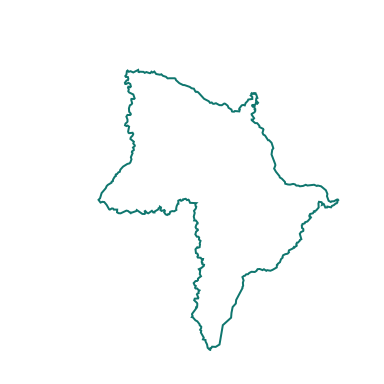 the district of Sant'Ana do Livramento, Rio Grande do Sul, Brazil, rotated 36°
{"feature_id": "56859067B62565689468111", "entity_name": "Sant'Ana do Livramento", "entity_type": "district", "adm_level": 2, "iso_a3": "BRA", "parent_name": "Brazil", "parent_adm1": "Rio Grande do Sul", "projection": "robinson", "projection_center": [-55.556, -30.804], "detail": "fine", "context": "isolated", "style": "outline", "palette": "teal", "viewbox_px": 384, "rotation_deg": 36, "n_neighbors": 0, "source": "geoboundaries", "source_scale": "gbopen_adm2", "svg_char_len": 6055}
<svg xmlns="http://www.w3.org/2000/svg" viewBox="0 0 384 384"><g transform="rotate(36 192 192)"><path d="M308.3,174.4L308.0,173.4L307.0,172.9L306.7,171.3L307.4,170.8L307.8,168.0L307.5,167.4L308.2,165.9L303.8,162.5L303.7,160.4L304.9,158.2L304.5,157.3L303.6,156.4L302.1,156.4L300.4,154.4L300.6,153.6L300.2,152.9L301.6,151.1L301.3,149.9L302.7,148.0L303.2,142.9L301.8,142.9L302.0,142.2L300.8,142.0L300.5,140.3L302.3,138.2L302.2,136.7L302.7,136.1L302.1,135.8L303.3,134.0L303.6,130.1L301.0,126.9L300.5,125.3L302.8,124.1L304.6,125.2L304.8,125.9L305.4,124.9L305.1,124.4L305.7,124.3L309.0,126.2L310.4,125.0L310.1,124.2L313.5,122.7L313.4,121.0L314.5,119.2L315.0,116.8L315.7,116.1L315.7,115.0L315.0,114.1L315.1,112.6L314.3,112.4L313.6,113.1L312.3,116.0L310.4,117.6L310.2,118.5L307.7,118.8L303.6,116.0L302.7,114.0L299.3,111.9L293.1,111.5L290.0,112.8L289.5,113.7L286.5,114.4L281.6,118.9L279.8,119.3L278.3,121.8L275.9,124.0L274.5,124.2L272.6,125.5L270.8,125.3L269.1,126.0L267.0,128.4L265.2,129.5L262.6,130.5L261.2,129.2L256.8,128.4L254.5,128.6L253.3,127.7L248.1,126.3L244.7,124.8L243.8,121.5L243.0,120.6L234.3,114.9L232.1,110.7L232.1,108.8L227.4,105.4L223.9,104.8L223.1,105.4L218.0,103.4L215.9,103.6L214.2,102.6L213.1,99.5L212.4,99.1L208.4,99.8L207.5,98.8L204.3,98.0L202.6,99.1L198.1,98.8L197.7,98.3L198.8,97.4L198.9,95.8L194.8,94.4L194.4,93.8L195.7,90.7L195.5,89.1L194.2,88.5L194.4,87.7L193.1,87.3L192.4,86.1L191.2,87.2L189.9,86.9L189.7,86.1L191.7,84.6L191.8,83.6L191.2,82.2L192.9,82.2L193.0,81.0L190.0,80.3L189.0,78.4L189.6,77.5L186.5,75.3L185.7,75.6L185.2,74.8L184.0,75.5L184.2,76.3L183.8,76.7L182.3,76.8L182.2,77.6L183.0,78.4L182.8,79.4L184.9,79.7L186.1,81.3L183.2,84.1L183.5,85.6L183.1,88.6L183.8,90.9L182.3,91.4L181.3,92.7L181.2,96.4L181.4,97.2L182.2,97.2L182.9,99.0L179.1,101.3L179.0,102.1L177.8,103.0L177.0,103.3L175.4,102.1L172.1,102.4L170.1,101.2L167.0,101.1L166.1,101.5L165.1,104.3L163.1,105.6L159.2,106.1L157.9,107.8L156.9,108.3L155.3,108.0L154.2,109.3L152.2,108.7L147.0,109.5L138.4,107.7L136.9,108.0L136.5,108.7L135.6,108.7L132.8,107.3L130.7,108.3L128.4,108.3L123.1,109.9L121.9,110.7L117.8,111.4L113.3,110.9L111.9,110.0L110.9,110.3L105.4,114.4L103.2,114.1L100.2,115.1L98.0,114.8L97.2,115.9L93.7,117.6L90.7,116.7L90.0,118.4L88.5,118.5L88.5,120.2L88.0,120.7L84.6,121.8L83.7,123.4L82.2,123.3L79.3,125.2L78.8,126.1L78.2,126.3L76.7,124.9L74.2,129.8L71.3,130.4L70.2,131.9L68.5,131.6L68.3,132.5L70.0,135.7L69.9,137.4L70.8,137.8L72.6,136.7L74.0,137.9L74.4,139.1L73.5,140.2L73.5,143.1L74.5,143.8L75.1,143.5L76.4,141.0L78.5,140.9L80.5,142.5L80.5,143.4L78.6,144.2L78.9,145.3L80.4,145.9L81.3,148.0L82.7,148.4L87.2,147.6L90.6,150.0L90.5,150.7L88.3,152.3L88.7,153.2L91.4,155.4L91.6,156.6L90.8,158.4L91.8,161.4L94.0,164.0L96.3,164.6L96.9,165.3L96.7,166.1L94.5,167.6L94.6,169.6L97.1,171.2L98.3,172.7L98.5,173.5L98.0,175.8L98.6,177.4L100.2,177.2L100.9,176.1L102.7,176.1L104.7,180.5L105.8,181.4L106.5,181.4L109.1,179.0L110.4,179.6L110.8,181.4L110.4,183.9L111.0,185.3L115.4,185.5L116.0,187.3L118.3,187.9L118.7,188.7L118.1,190.7L119.7,191.5L120.3,192.4L119.6,194.4L119.9,195.1L121.1,195.5L122.1,199.8L123.8,201.1L124.7,204.1L124.6,205.6L123.2,207.3L121.3,212.0L120.9,216.0L121.7,218.2L120.9,219.3L120.8,221.6L120.1,222.4L120.2,223.2L121.0,223.7L120.5,225.2L120.8,228.2L121.6,229.8L120.9,230.8L121.4,231.8L119.7,235.8L119.5,237.5L120.0,239.7L119.5,246.0L121.3,251.1L121.0,253.3L124.2,254.3L125.3,252.6L126.9,251.7L130.5,252.6L135.1,254.7L135.9,254.5L136.9,252.3L138.1,251.8L139.1,252.2L141.8,250.2L143.3,252.5L145.1,252.3L146.8,251.2L149.9,245.6L151.3,245.0L154.8,245.1L154.7,244.4L155.4,244.1L158.1,240.2L157.9,239.1L164.7,238.9L166.6,237.6L166.4,236.2L165.1,235.4L165.3,234.8L168.1,235.3L169.2,234.9L170.6,230.8L172.7,231.3L173.7,230.6L173.2,229.9L174.9,225.9L174.5,224.8L175.1,223.4L174.7,222.8L176.0,222.7L177.2,225.2L178.5,225.2L180.2,222.9L181.2,223.2L181.4,224.8L183.8,225.6L185.4,225.2L185.7,223.9L186.4,223.8L186.7,222.9L186.0,220.8L187.2,219.1L188.9,218.1L189.9,215.7L188.9,214.7L187.9,212.5L187.4,209.9L187.9,209.5L186.0,207.1L186.7,205.7L187.2,205.1L188.4,205.5L189.4,203.8L189.1,203.2L190.9,201.2L192.7,201.5L193.7,200.3L194.3,200.4L196.8,201.9L202.0,198.5L201.8,199.9L203.1,201.2L204.1,201.4L204.8,203.2L204.7,206.1L206.5,207.3L207.9,210.9L210.3,212.9L210.5,213.7L211.9,212.8L214.7,213.6L215.1,214.2L214.7,214.7L214.8,216.0L215.5,218.3L216.9,219.1L218.7,218.9L219.2,219.5L218.6,221.6L219.6,224.3L222.2,225.3L223.5,224.4L224.6,224.7L225.6,226.4L227.6,226.5L228.5,229.2L229.2,229.6L230.6,232.2L229.4,233.8L228.7,233.7L228.5,236.3L231.1,239.1L232.6,238.7L234.1,239.6L234.4,241.2L235.2,241.6L237.7,240.1L239.1,240.6L240.3,239.7L240.7,240.6L240.5,242.2L241.3,243.2L242.2,243.3L242.4,244.1L243.1,244.3L244.5,243.8L245.0,244.9L244.2,248.0L242.9,250.4L244.1,250.8L244.6,250.5L246.6,253.9L248.8,254.9L247.9,257.8L247.8,258.7L248.6,259.7L248.4,261.0L247.2,262.0L246.9,264.7L249.0,265.9L250.3,265.8L250.8,267.7L251.7,267.9L253.0,267.0L254.6,267.5L255.9,267.2L255.9,268.8L256.8,270.0L256.1,271.0L256.1,271.9L259.3,273.8L259.5,274.5L256.9,276.7L257.4,278.3L261.2,278.8L262.0,279.3L263.3,281.3L263.0,282.6L263.3,283.3L263.8,283.1L263.7,290.5L264.1,291.2L265.3,291.9L265.4,293.3L266.4,292.9L270.2,293.8L272.3,293.5L276.0,294.6L276.6,295.3L278.6,295.5L279.4,296.7L279.6,298.7L281.0,298.8L281.8,300.5L287.1,302.9L287.5,304.8L289.9,303.8L290.9,305.0L293.8,306.5L296.2,308.8L299.0,309.2L299.5,309.0L298.7,307.5L299.3,307.1L299.2,305.3L302.2,303.4L303.9,299.2L295.2,281.6L297.5,270.7L295.0,266.6L292.5,261.2L293.0,256.5L291.2,253.4L289.3,239.9L288.7,239.4L288.5,237.8L286.5,235.5L285.7,233.2L282.8,231.2L283.3,229.4L284.0,228.7L284.2,226.8L285.6,225.6L285.9,223.8L287.0,221.6L289.8,219.8L290.5,218.0L290.4,215.9L292.0,214.5L295.0,213.7L295.6,212.2L298.4,212.1L298.7,211.1L301.7,209.6L302.9,207.7L304.9,203.2L303.6,201.2L304.0,200.8L303.6,199.8L304.4,197.1L303.5,194.1L303.9,191.8L303.3,191.2L302.9,189.6L304.0,187.5L305.6,185.7L305.9,183.8L305.3,183.5L304.7,182.3L306.8,178.4L306.8,176.7L307.5,176.8L307.7,175.1L308.3,174.4Z" fill="none" stroke="#0f766e" stroke-width="2"/></g></svg>